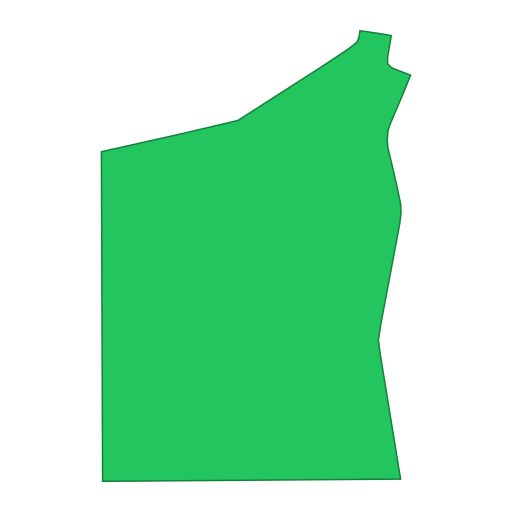 the district of El Mina, Nouakchott, Mauritania
{"feature_id": "47542326B34919448738513", "entity_name": "El Mina", "entity_type": "district", "adm_level": 2, "iso_a3": "MRT", "parent_name": "Mauritania", "parent_adm1": "Nouakchott", "projection": "orthographic", "projection_center": [-15.982, 18.027], "detail": "fine", "context": "isolated", "style": "filled", "palette": "green", "viewbox_px": 512, "rotation_deg": 0, "n_neighbors": 0, "source": "geoboundaries", "source_scale": "gbopen_adm2", "svg_char_len": 558}
<svg xmlns="http://www.w3.org/2000/svg" viewBox="0 0 512 512"><path d="M410.6,75.2L393.4,68.6L390.5,66.8L387.6,63.7L387.6,60.2L387.6,57.1L388.8,50.1L391.3,35.6L381.3,33.8L380.9,33.8L360.0,30.7L359.1,36.4L357.5,41.3L355.4,43.5L347.4,49.6L321.5,66.8L237.8,120.5L181.7,133.7L101.4,151.7L102.6,481.3L400.6,479.1L380.1,353.3L378.4,340.1L380.9,323.8L397.6,235.3L399.7,223.9L401.0,213.3L400.6,203.7L396.8,185.6L392.2,165.8L388.0,148.2L387.2,140.7L388.0,130.6L389.7,125.3L394.3,114.3L402.2,95.8L410.6,75.2Z" fill="#22c55e" stroke="#15803d" stroke-width="1.5"/></svg>